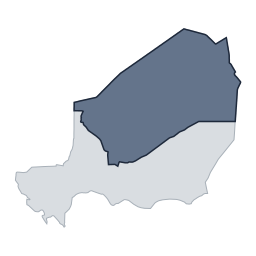 Niger, with Agadez highlighted
{"feature_id": "NER-800", "entity_name": "Agadez", "entity_type": "Department", "adm_level": 1, "iso_a3": "NER", "parent_name": "Niger", "parent_adm1": "", "projection": "natural_earth1", "projection_center": [10.912, 19.426], "detail": "fine", "context": "in_parent", "style": "filled", "palette": "slate", "viewbox_px": 256, "rotation_deg": 0, "n_neighbors": 0, "source": "natural_earth", "source_scale": "10m", "svg_char_len": 6668}
<svg xmlns="http://www.w3.org/2000/svg" viewBox="0 0 256 256"><path d="M207.6,193.5L205.0,193.5L203.5,194.1L201.7,195.7L199.6,196.3L197.1,197.8L195.5,198.9L194.0,199.8L191.9,202.0L191.2,203.7L189.2,204.1L186.3,203.8L184.5,202.1L180.2,200.3L177.5,199.6L176.2,199.4L169.7,199.1L162.8,199.8L159.3,200.6L158.6,200.8L156.6,201.8L154.9,203.0L150.5,208.5L144.5,208.3L141.0,207.7L138.1,206.8L133.8,204.3L128.7,200.4L126.7,199.9L124.9,199.6L124.3,199.6L118.1,203.5L116.9,203.4L115.5,203.9L114.5,204.8L113.8,205.3L113.1,205.4L112.1,205.2L111.1,204.6L110.2,203.5L107.7,199.2L107.1,198.4L106.1,197.2L104.2,195.2L103.0,194.3L102.3,194.0L101.4,194.2L96.4,192.5L91.5,190.7L90.4,190.9L89.6,191.3L87.9,192.6L85.9,192.9L83.3,192.8L81.9,192.6L79.6,193.0L78.1,193.5L76.1,194.5L73.5,196.9L72.8,197.2L72.2,197.6L71.3,204.4L70.6,206.4L69.2,209.1L66.7,211.6L64.9,213.2L64.8,215.3L64.7,218.7L64.6,221.0L64.7,222.5L64.4,223.3L64.3,223.9L64.4,224.9L64.8,225.4L65.1,226.0L64.9,226.5L64.1,227.1L63.2,225.6L62.0,224.5L60.7,224.0L59.8,223.3L59.4,222.2L57.7,220.1L53.9,215.9L53.5,215.8L52.8,215.6L51.7,216.1L51.0,216.8L50.6,217.1L49.8,217.1L48.0,217.6L46.5,218.3L46.4,218.9L47.1,222.0L46.8,223.8L46.1,222.9L44.0,219.8L42.6,217.4L42.3,216.9L42.1,216.0L42.3,215.7L42.8,215.4L44.2,215.1L44.4,214.9L44.5,214.2L44.3,213.0L43.6,211.4L42.8,210.3L42.4,210.1L41.6,210.0L40.7,210.2L39.0,211.5L38.3,211.8L36.6,211.7L35.1,211.4L34.2,210.7L31.4,208.1L28.4,205.3L27.2,204.9L26.9,204.6L26.7,202.4L26.8,199.9L26.9,199.2L28.2,199.6L29.5,199.8L30.0,199.3L28.9,198.4L27.4,197.5L26.8,196.1L26.4,195.6L25.7,195.1L24.9,194.8L24.1,194.4L23.5,194.0L22.6,193.8L21.7,193.5L20.4,191.2L19.0,189.0L18.3,187.3L18.0,186.2L18.4,184.4L18.0,183.7L16.6,181.9L15.4,180.2L15.7,177.6L16.0,175.4L16.0,174.1L16.2,173.3L16.4,172.4L17.2,172.1L19.3,172.2L23.4,172.6L26.7,172.1L26.8,172.0L29.2,169.7L31.8,167.2L35.6,167.0L39.7,166.8L43.0,166.6L47.8,166.4L51.6,166.3L56.1,166.1L56.2,165.0L56.5,164.7L56.9,164.7L60.2,165.3L63.2,165.8L63.5,163.7L66.2,161.1L67.8,160.5L68.1,160.1L68.6,159.2L68.9,157.8L69.1,156.8L69.7,156.0L70.1,154.5L70.7,151.8L72.2,149.1L73.1,145.3L73.3,141.7L73.5,138.9L73.9,138.4L73.9,133.5L74.0,128.5L74.0,124.4L74.0,119.2L74.1,114.6L74.1,109.7L74.1,105.3L74.2,102.4L77.3,101.7L80.5,100.9L85.2,99.9L90.2,98.7L95.8,97.5L97.0,96.7L101.2,92.5L103.1,90.6L106.9,86.7L109.8,83.8L113.5,80.1L117.4,76.3L120.5,73.3L125.4,69.9L132.7,64.8L140.1,59.7L147.4,54.5L154.7,49.4L162.0,44.3L169.3,39.1L176.6,34.0L183.9,28.9L191.2,30.8L198.2,32.7L205.2,34.6L206.8,35.6L210.6,39.2L215.4,43.9L215.6,44.0L215.8,44.0L220.3,41.2L226.3,37.6L227.9,47.4L229.1,55.7L229.3,61.0L229.3,62.4L229.8,63.3L230.9,64.3L235.4,71.9L234.5,73.3L235.2,75.7L236.3,76.7L240.1,81.3L240.5,82.2L240.3,82.9L237.8,88.3L237.4,89.6L236.9,96.4L236.6,101.3L236.1,107.9L235.6,115.9L235.1,122.6L234.6,131.4L234.0,139.8L230.3,144.4L223.7,152.6L218.3,159.2L215.7,163.7L210.4,172.4L208.1,178.0L206.2,180.9L205.3,182.2L206.1,186.3L207.6,193.5Z" fill="#d9dde1" stroke="#a8b0b8" stroke-width="1"/><path d="M183.9,28.9L185.1,29.2L186.4,29.6L187.6,29.9L188.9,30.2L190.1,30.5L191.3,30.9L192.6,31.2L193.8,31.5L195.1,31.9L196.3,32.2L197.5,32.5L198.8,32.9L200.0,33.2L201.3,33.5L202.5,33.9L203.8,34.2L205.2,34.6L206.9,35.6L207.6,36.4L209.4,38.1L211.2,39.8L213.0,41.6L214.7,43.3L215.4,43.9L215.6,44.0L215.8,44.0L216.7,43.5L219.1,42.0L221.5,40.6L223.9,39.1L226.3,37.7L226.5,38.7L226.7,39.8L226.8,40.8L227.0,41.9L227.2,42.9L227.4,44.0L227.5,45.0L227.7,46.1L227.9,47.1L228.1,48.2L228.2,49.2L228.4,50.3L228.6,51.3L228.8,52.4L228.9,53.1L229.0,53.8L229.1,54.5L229.1,54.8L229.2,55.7L229.2,56.9L229.2,58.4L229.3,59.8L229.3,61.0L229.3,61.9L229.3,62.2L229.3,62.7L229.4,62.9L229.6,63.2L230.3,63.6L230.5,63.8L231.0,64.4L231.4,65.0L231.6,65.4L231.8,65.8L232.1,66.3L232.3,66.7L232.6,67.1L232.8,67.5L233.0,67.9L233.3,68.3L233.5,68.7L233.8,69.1L234.0,69.5L234.2,70.0L234.5,70.4L234.7,70.8L235.0,71.2L235.2,71.6L235.4,72.0L234.9,72.4L234.5,73.0L234.4,73.8L234.5,74.6L234.7,75.0L234.9,75.3L235.2,75.7L236.3,76.7L236.7,77.2L237.6,78.2L238.4,79.2L239.2,80.2L240.1,81.3L240.4,81.7L240.6,82.0L240.6,82.3L240.5,82.6L240.3,83.2L239.7,84.4L239.1,85.5L238.6,86.7L238.0,87.8L237.8,88.3L237.4,89.6L237.3,90.3L237.3,91.1L237.2,91.8L237.2,92.6L237.1,93.4L237.1,94.1L237.0,94.9L237.0,95.6L236.9,96.4L236.9,97.2L236.8,97.9L236.8,98.7L236.7,99.5L236.7,100.2L236.6,101.0L236.6,101.8L236.5,102.5L236.5,103.3L236.4,104.1L236.4,104.8L236.3,105.6L236.3,106.4L236.2,107.1L236.1,107.9L236.1,108.7L236.0,109.4L236.0,110.2L235.9,111.0L235.9,111.7L235.8,112.5L235.8,113.3L235.7,114.0L235.7,114.8L235.6,115.5L235.6,116.3L235.5,117.1L235.5,117.8L235.4,118.6L235.4,119.4L235.3,120.1L235.3,120.9L235.2,121.5L198.7,121.5L187.9,127.3L185.0,129.5L184.8,129.7L184.5,129.9L179.6,131.9L173.8,136.4L169.6,137.8L146.3,155.1L141.3,157.2L135.4,160.9L132.8,162.0L132.0,162.1L129.4,162.0L129.1,162.0L128.8,162.1L127.7,162.8L125.2,162.8L119.5,161.8L119.0,162.5L117.8,166.2L114.9,164.4L114.2,164.4L108.5,164.6L107.7,155.0L108.0,152.3L108.0,152.1L108.0,151.8L107.7,151.7L105.5,151.0L105.4,151.0L105.2,150.8L104.3,150.0L104.2,149.9L103.9,149.3L103.8,149.1L100.8,140.6L100.7,140.5L99.5,138.9L96.3,136.1L88.7,130.7L88.4,130.5L88.1,130.1L86.2,127.2L83.8,124.9L83.6,124.7L83.5,124.4L83.2,122.7L82.9,122.4L81.4,122.3L81.2,122.2L80.9,122.1L80.8,121.8L80.7,121.6L80.7,121.4L80.7,121.2L80.8,121.0L81.2,120.2L81.1,118.0L81.1,117.9L81.2,117.6L81.3,117.4L81.2,117.3L81.2,117.1L81.1,116.8L81.1,116.5L81.1,116.2L81.2,115.6L83.1,111.3L81.8,110.8L74.3,110.7L74.1,110.7L74.1,108.6L74.2,106.5L74.2,104.4L74.2,102.4L76.9,101.8L79.5,101.1L82.2,100.5L84.9,99.9L86.3,99.6L89.4,98.9L92.6,98.2L94.0,97.9L95.8,97.5L96.4,97.2L97.1,96.7L98.2,95.6L99.1,94.7L100.0,93.8L100.9,92.9L101.8,91.9L102.7,91.0L103.6,90.1L104.5,89.2L105.4,88.3L106.3,87.4L107.2,86.5L108.1,85.6L109.0,84.7L109.9,83.8L110.8,82.8L111.7,81.9L112.6,81.0L113.4,80.2L113.9,79.7L115.0,78.6L116.1,77.6L117.1,76.6L118.1,75.7L119.1,74.7L120.5,73.3L122.4,72.0L123.3,71.4L124.3,70.7L125.3,70.0L126.2,69.3L127.2,68.7L128.2,68.0L129.1,67.3L130.1,66.6L131.1,66.0L132.0,65.3L133.0,64.6L134.0,63.9L134.9,63.3L135.9,62.6L136.9,61.9L137.8,61.2L138.8,60.6L139.7,59.9L140.7,59.2L141.7,58.6L142.6,57.9L143.6,57.2L144.6,56.5L145.5,55.9L146.5,55.2L147.4,54.5L148.4,53.8L149.4,53.2L150.3,52.5L151.3,51.8L152.3,51.1L153.2,50.5L154.2,49.8L155.1,49.1L156.1,48.4L157.1,47.8L158.0,47.1L159.0,46.4L159.9,45.7L160.9,45.1L161.9,44.4L162.8,43.7L163.8,43.0L164.7,42.4L165.7,41.7L166.7,41.0L167.6,40.4L168.6,39.7L169.5,39.0L170.5,38.3L171.4,37.7L172.4,37.0L173.4,36.3L174.3,35.6L175.3,35.0L176.2,34.3L177.2,33.6L178.1,32.9L179.1,32.3L180.1,31.6L181.0,30.9L182.0,30.2L182.9,29.6L183.9,28.9Z" fill="#64748b" stroke="#1e293b" stroke-width="1.5"/></svg>